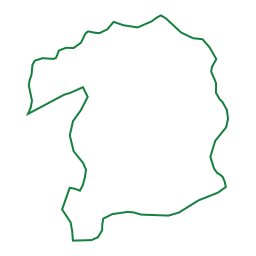 the Province of Bingöl
{"feature_id": "TUR-2308", "entity_name": "Bingöl", "entity_type": "Province", "adm_level": 1, "iso_a3": "TUR", "parent_name": "Turkey", "parent_adm1": "", "projection": "albers", "projection_center": [40.639, 39.029], "detail": "fine", "context": "isolated", "style": "outline", "palette": "green", "viewbox_px": 256, "rotation_deg": 0, "n_neighbors": 0, "source": "natural_earth", "source_scale": "10m", "svg_char_len": 1074}
<svg xmlns="http://www.w3.org/2000/svg" viewBox="0 0 256 256"><path d="M99.5,33.1L107.4,29.3L113.6,21.9L123.7,25.3L137.7,27.4L151.8,21.3L156.4,17.8L160.9,15.4L165.8,18.3L181.1,32.5L192.9,38.2L202.5,39.2L209.6,47.4L216.3,59.1L211.9,67.0L211.2,71.6L213.7,77.6L214.6,79.4L216.0,83.2L216.1,86.3L215.9,92.6L219.5,99.0L222.5,102.1L226.9,110.0L228.0,118.9L226.2,127.2L215.2,140.9L210.4,156.8L214.0,168.5L217.3,173.1L219.2,174.0L222.6,176.8L224.7,181.7L225.8,187.0L218.0,192.6L198.6,200.3L179.0,212.5L168.6,215.6L141.4,214.6L133.4,212.4L127.8,211.9L112.3,214.1L103.3,218.6L102.3,224.3L102.1,230.4L98.0,237.2L91.5,240.1L72.9,240.6L72.2,231.2L70.6,222.3L62.1,209.5L69.7,187.8L74.6,188.7L79.9,190.7L82.8,185.2L84.9,177.3L86.0,169.8L83.1,163.0L73.6,151.2L69.8,135.4L73.0,121.1L81.0,110.0L87.7,96.9L82.9,87.2L69.9,93.0L64.4,94.6L28.0,113.9L30.7,107.6L32.0,100.8L28.8,85.4L29.7,80.0L31.5,74.8L32.5,64.7L34.8,60.7L42.6,58.2L53.7,58.9L55.9,58.0L57.4,54.6L58.8,50.6L65.9,47.8L73.6,48.0L81.0,42.7L85.5,33.5L88.0,31.4L95.4,32.8L99.5,33.1Z" fill="none" stroke="#15803d" stroke-width="2"/></svg>